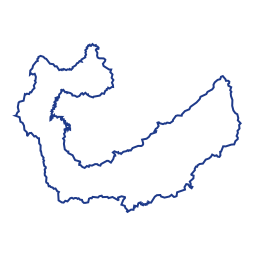 Quibdó, Chocó, Colombia
{"feature_id": "7082276B88455186246146", "entity_name": "Quibdó", "entity_type": "district", "adm_level": 2, "iso_a3": "COL", "parent_name": "Colombia", "parent_adm1": "Chocó", "projection": "mercator", "projection_center": [-76.757, 5.984], "detail": "fine", "context": "isolated", "style": "outline", "palette": "blue", "viewbox_px": 256, "rotation_deg": 0, "n_neighbors": 0, "source": "geoboundaries", "source_scale": "gbopen_adm2", "svg_char_len": 5664}
<svg xmlns="http://www.w3.org/2000/svg" viewBox="0 0 256 256"><path d="M112.9,84.8L111.9,82.7L113.4,80.0L111.6,77.8L112.5,74.4L110.3,72.2L111.2,69.5L109.1,69.5L103.6,66.0L102.9,63.8L105.1,61.0L105.3,59.6L103.7,58.4L99.2,58.3L97.7,57.5L97.1,55.7L97.4,52.8L95.8,50.0L96.5,48.9L98.4,48.9L98.6,47.8L97.5,46.6L95.7,46.0L95.7,45.1L94.0,45.5L92.5,44.1L91.0,45.9L90.3,45.8L89.7,44.7L88.1,45.5L88.2,46.3L86.7,47.4L87.2,48.5L85.3,50.2L86.0,51.6L85.4,52.7L86.1,54.7L85.1,56.1L85.3,57.3L81.5,59.5L81.1,60.6L81.6,61.6L79.5,61.1L78.2,62.9L77.0,63.2L75.7,65.4L72.6,67.2L72.7,68.2L71.1,69.8L69.7,69.0L69.4,69.6L67.5,69.4L66.2,70.1L63.8,69.0L63.2,69.7L62.2,69.3L61.8,70.1L60.7,69.6L59.2,70.1L56.7,66.3L54.9,66.4L53.3,64.2L49.9,63.7L46.3,58.9L44.9,58.4L43.4,56.8L40.6,55.9L38.4,57.0L38.3,58.3L37.3,59.1L37.8,60.9L36.3,61.5L33.1,65.5L32.4,68.3L30.3,70.5L30.0,74.6L31.3,73.5L32.8,74.5L34.7,73.8L35.9,76.9L35.5,80.1L34.9,80.7L35.8,82.3L33.8,85.6L34.5,88.1L32.7,89.8L31.3,92.3L30.2,92.1L29.1,94.1L26.8,93.7L25.7,94.5L24.9,94.1L23.6,100.7L19.4,101.8L18.6,102.7L17.8,107.1L18.8,111.4L17.4,112.5L16.1,115.5L15.4,115.7L19.6,117.2L20.4,121.7L22.6,122.9L24.0,125.7L24.4,129.9L26.9,132.3L27.1,135.4L27.6,135.6L29.4,133.1L31.3,132.9L34.3,136.5L35.7,136.0L37.8,138.2L39.0,138.3L39.2,143.5L40.6,145.3L40.5,150.8L41.0,151.1L41.7,155.2L43.6,157.7L43.2,159.3L44.1,160.7L43.4,161.8L44.2,165.8L45.7,167.0L45.8,168.1L44.7,169.4L45.1,172.5L44.7,173.0L44.8,175.2L46.5,177.3L46.1,181.7L46.4,182.6L48.0,183.5L48.7,186.2L49.9,186.0L50.5,186.9L52.8,187.6L53.7,188.8L55.5,188.5L57.3,191.3L58.9,192.0L58.2,193.4L58.6,200.4L61.8,202.4L63.6,202.6L65.3,200.8L67.5,201.4L70.3,198.2L71.9,197.8L73.5,198.7L74.9,198.0L76.7,198.1L77.6,198.9L78.7,198.3L80.0,199.7L82.0,199.9L82.5,201.6L83.9,202.9L85.3,202.9L88.2,202.3L89.0,198.7L90.4,198.0L91.7,198.3L92.6,196.9L98.0,197.5L99.4,196.2L101.7,195.7L102.6,197.1L107.6,196.9L108.5,198.1L112.5,197.0L118.0,200.1L118.5,199.8L118.1,197.5L121.6,196.3L124.9,197.1L125.0,197.9L123.3,199.9L121.4,204.7L124.8,205.9L125.3,207.8L127.5,210.1L126.9,211.4L127.5,211.9L131.1,209.6L133.5,209.8L134.1,206.4L134.5,206.8L134.6,206.1L135.2,206.6L135.6,205.9L137.5,206.5L138.3,203.4L139.3,202.7L140.0,203.1L140.6,202.6L140.9,203.9L141.7,203.6L141.5,204.5L143.1,205.2L143.8,204.1L145.4,204.9L146.5,204.6L146.1,203.9L148.1,203.4L147.8,202.6L148.4,202.6L148.4,201.8L149.6,202.6L151.1,202.6L154.8,196.7L156.9,195.2L160.3,195.0L161.1,196.5L164.5,197.6L169.4,196.5L171.6,194.8L173.8,196.9L174.6,196.9L176.6,196.1L177.1,192.3L185.0,189.6L184.5,187.1L186.3,184.1L188.1,184.4L190.0,187.2L191.6,188.2L192.4,186.9L190.1,185.8L190.8,184.0L189.8,181.5L193.4,178.4L193.6,175.6L191.5,174.9L191.3,174.3L194.9,170.1L194.7,168.9L195.9,166.6L197.2,166.7L197.5,165.4L199.6,164.0L202.9,163.6L205.7,159.6L208.9,158.5L211.0,156.7L212.2,154.6L214.8,155.9L216.6,155.3L217.6,156.6L219.4,156.9L220.4,155.5L220.2,151.8L221.1,151.6L223.2,146.3L225.8,146.4L231.3,144.6L234.2,144.4L235.4,141.1L237.7,139.1L237.8,137.6L236.6,136.0L237.9,132.9L237.5,130.9L239.5,128.6L239.1,125.0L240.6,123.3L237.8,120.3L238.3,118.1L237.3,114.2L235.3,113.1L233.4,110.5L232.2,105.8L232.4,99.9L231.0,96.1L230.7,93.0L231.4,91.9L230.2,90.2L231.2,87.2L228.4,85.7L228.1,84.1L229.1,83.3L229.3,81.6L228.2,80.8L225.9,80.8L225.5,79.3L222.8,76.1L221.0,76.8L220.2,79.2L217.6,79.9L214.7,82.4L213.5,84.7L213.7,87.4L212.2,89.4L207.5,91.9L206.3,94.1L200.5,96.8L199.7,99.1L196.5,102.5L190.5,106.8L189.3,109.3L184.9,111.1L182.0,114.3L181.7,115.7L177.6,115.4L175.9,115.9L173.0,119.9L172.9,121.0L170.0,123.1L167.1,122.6L165.8,123.6L164.9,123.3L163.0,124.1L159.6,123.2L158.8,122.3L157.5,122.7L158.6,126.0L157.2,128.0L155.8,128.8L154.6,131.0L156.2,131.1L155.9,132.3L150.7,134.1L149.0,136.8L146.6,138.7L142.1,139.6L143.1,142.9L143.1,144.4L142.4,145.4L141.2,146.0L138.2,145.9L132.6,148.0L130.8,150.5L129.1,150.2L128.6,150.9L127.4,150.3L126.6,151.1L123.3,151.8L121.1,153.9L120.5,153.2L118.6,153.4L118.2,152.1L117.3,152.5L114.4,151.3L112.9,152.4L115.0,154.5L115.3,155.7L114.1,156.1L113.2,159.2L110.9,162.6L108.4,160.9L107.0,160.8L101.1,164.0L100.4,165.6L98.3,165.1L97.4,164.2L95.1,164.1L92.0,165.6L89.4,165.3L88.8,166.8L86.9,166.0L84.7,167.9L82.4,167.0L80.6,165.1L79.2,164.9L79.3,163.3L80.2,162.7L80.0,161.5L75.1,160.1L72.6,155.2L68.4,153.2L68.3,151.6L67.5,151.7L64.8,149.4L63.9,143.8L64.4,140.3L63.1,138.5L65.0,136.7L64.0,133.8L65.2,132.2L64.7,130.5L65.7,130.7L66.0,130.0L65.2,129.1L66.6,128.7L66.7,127.9L67.3,128.7L66.9,129.2L67.8,129.1L68.0,130.0L68.6,129.0L70.1,129.7L70.1,128.3L68.6,127.8L69.6,127.6L69.9,125.3L69.0,124.4L67.8,126.0L68.1,124.8L67.4,123.9L67.2,125.0L66.1,125.6L65.6,123.5L64.5,123.5L64.1,122.0L64.3,121.6L65.2,122.3L65.1,120.9L63.9,120.7L63.7,119.3L62.6,119.6L62.4,118.9L61.4,119.8L60.9,119.2L61.1,117.8L62.0,116.9L58.6,116.8L57.3,117.6L56.5,116.3L54.6,116.1L54.2,114.9L52.6,116.6L52.6,117.8L51.8,117.9L51.3,119.6L50.4,120.1L50.5,117.5L51.1,117.6L50.8,116.9L51.5,116.6L51.1,116.0L52.1,114.9L51.5,113.8L52.5,111.8L51.5,111.3L52.2,110.8L51.8,110.1L53.3,109.1L53.2,108.4L54.1,108.7L54.1,107.6L55.3,106.8L54.7,106.5L55.0,105.4L54.1,105.4L54.9,104.6L55.6,104.8L55.7,104.0L54.7,104.1L55.6,103.1L54.4,102.1L55.7,100.7L55.7,98.8L56.5,99.2L57.0,100.4L57.7,99.8L57.4,98.5L58.2,98.0L56.8,97.5L59.0,96.6L59.2,94.4L60.6,93.3L61.4,91.6L61.2,90.0L61.7,89.8L62.3,90.7L63.4,89.9L65.1,92.2L66.8,92.0L67.2,93.0L68.4,92.5L70.4,93.1L71.8,93.9L72.4,95.5L74.7,95.6L77.0,96.9L79.4,96.0L81.2,93.6L82.3,93.2L83.3,94.5L85.4,92.8L87.1,94.5L88.0,94.4L88.0,95.2L89.7,96.3L93.1,97.4L93.6,96.7L99.8,95.6L101.9,93.3L104.1,93.8L105.3,90.7L106.8,90.0L106.8,89.0L108.0,88.5L108.2,87.7L109.6,88.5L112.0,86.9L113.1,87.0L112.9,84.8Z" fill="none" stroke="#1e3a8a" stroke-width="2"/></svg>